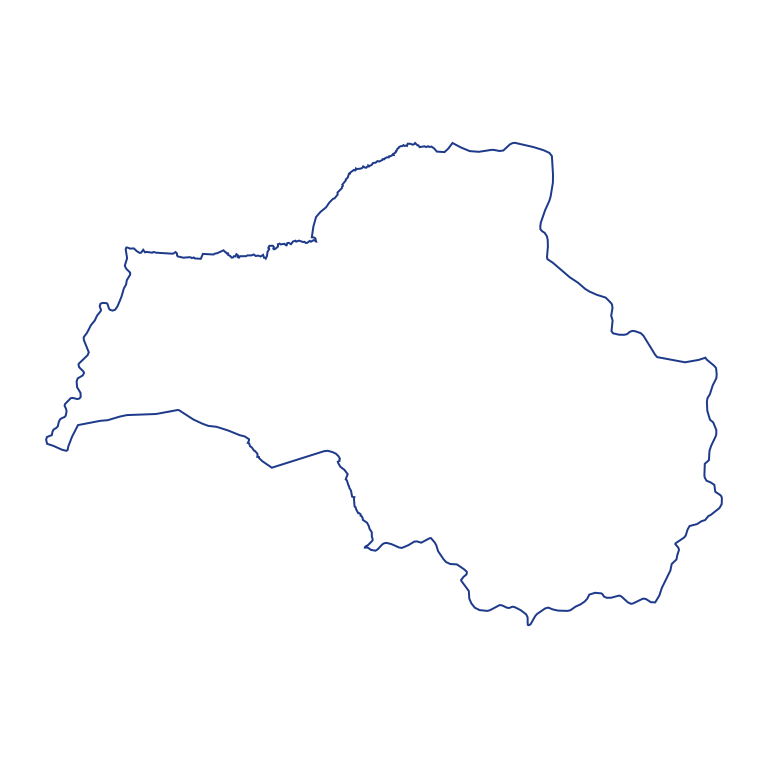 Ban Thi, Lamphun, Thailand (Albers equal-area conic projection)
{"feature_id": "78962969B75208473855809", "entity_name": "Ban Thi", "entity_type": "district", "adm_level": 2, "iso_a3": "THA", "parent_name": "Thailand", "parent_adm1": "Lamphun", "projection": "albers", "projection_center": [99.132, 18.647], "detail": "fine", "context": "isolated", "style": "outline", "palette": "blue", "viewbox_px": 768, "rotation_deg": 0, "n_neighbors": 0, "source": "geoboundaries", "source_scale": "gbopen_adm2", "svg_char_len": 6079}
<svg xmlns="http://www.w3.org/2000/svg" viewBox="0 0 768 768"><path d="M705.4,357.7L698.7,359.9L685.0,362.3L657.2,357.1L655.3,355.0L643.5,335.8L640.8,333.2L635.1,331.2L632.3,330.9L629.9,331.8L626.9,334.2L624.1,334.8L619.0,334.7L613.0,333.3L611.5,331.1L612.6,320.6L611.2,315.7L612.5,307.9L612.0,304.5L611.2,303.2L605.7,297.6L596.8,294.8L589.4,291.5L585.3,289.0L578.0,282.7L569.8,277.3L552.9,262.8L547.4,259.1L547.0,256.9L547.9,246.5L547.7,239.8L546.9,236.3L544.6,232.8L542.1,231.2L540.4,229.2L540.3,226.3L540.8,222.7L545.1,210.2L549.4,200.7L550.6,196.5L552.9,182.6L553.0,174.5L551.9,156.1L549.4,152.9L543.3,150.1L533.2,147.0L514.8,142.8L512.3,143.2L509.8,144.5L503.3,150.5L499.5,151.0L493.8,149.9L491.4,149.9L478.8,151.8L469.7,151.1L461.0,147.5L452.5,143.0L448.3,148.6L444.5,152.1L436.9,151.6L434.1,148.4L431.5,146.6L429.4,147.0L428.0,146.2L426.1,147.1L424.5,146.3L419.6,147.1L418.4,145.3L417.4,145.3L415.1,143.0L414.4,144.0L412.8,144.7L410.4,143.8L407.7,143.7L407.0,145.9L406.2,145.5L404.6,146.0L403.5,145.1L402.1,146.2L400.9,146.1L399.0,147.1L398.5,148.2L397.5,148.6L396.4,151.1L395.8,151.2L395.7,152.5L393.2,153.9L393.7,155.0L392.3,154.9L391.5,155.8L389.0,156.4L388.9,157.3L386.7,157.4L384.7,158.5L384.4,159.2L382.7,159.1L382.5,159.9L379.3,161.5L377.4,161.1L375.6,162.7L373.0,163.0L371.6,165.0L369.6,165.9L368.4,165.5L368.6,166.5L367.1,166.7L366.4,167.7L365.1,167.6L363.2,166.4L362.6,167.7L360.7,168.6L357.1,169.0L355.9,168.5L355.8,169.9L355.1,170.5L353.9,169.9L350.1,172.7L350.0,173.6L348.9,173.7L347.8,177.5L345.8,179.4L345.8,180.4L342.3,184.7L342.9,185.9L341.9,187.1L341.9,188.1L337.5,192.5L337.7,194.5L334.6,198.3L332.9,198.9L329.3,202.6L326.0,207.4L320.6,211.8L316.1,216.9L313.4,226.5L311.8,237.3L313.7,237.4L315.3,238.3L316.1,241.5L315.5,241.3L315.4,240.4L313.5,240.2L311.0,241.7L309.8,240.9L307.3,242.8L305.8,243.0L304.5,241.8L302.9,242.0L299.0,240.6L296.2,241.6L295.5,240.7L293.0,241.5L291.0,244.2L288.7,242.8L287.3,243.1L286.6,245.3L285.8,245.2L284.5,243.8L280.6,244.4L279.6,243.6L277.9,244.3L278.0,246.5L275.8,248.5L274.1,249.3L273.3,248.7L273.9,247.1L272.9,245.8L269.4,245.8L268.3,247.9L269.1,248.4L269.2,249.1L267.5,251.8L267.0,255.9L265.8,258.5L265.3,257.8L264.1,257.8L263.1,254.9L260.7,256.5L258.3,255.6L255.7,256.0L253.8,254.5L251.5,255.4L247.4,255.4L245.9,256.2L240.1,256.2L238.9,257.7L237.8,257.1L238.0,255.4L236.4,254.2L235.5,256.4L234.0,256.2L233.1,257.4L231.6,257.6L230.0,255.8L228.2,255.0L228.0,253.4L226.8,253.5L226.4,252.6L225.7,252.5L223.5,250.3L217.0,253.3L214.8,253.6L213.6,254.5L202.9,253.9L200.8,258.8L194.6,258.4L193.8,257.5L191.8,258.1L190.8,257.4L189.4,257.2L183.3,257.7L177.8,256.4L177.1,255.6L176.9,253.4L175.5,252.1L173.4,253.5L172.2,253.7L156.4,252.7L153.4,252.0L152.2,252.7L146.7,251.9L145.0,252.3L143.2,249.8L141.2,252.6L139.6,252.9L136.7,251.1L133.9,248.4L130.0,248.6L127.4,247.5L126.2,247.7L125.7,249.4L127.1,258.2L124.8,265.7L126.1,268.6L130.1,272.6L130.2,274.6L126.8,280.2L126.1,284.5L123.9,288.3L121.4,296.9L117.6,306.1L115.2,309.7L112.6,310.6L110.1,309.8L109.0,308.7L107.6,304.2L106.7,303.2L102.6,302.9L100.5,303.7L99.7,306.2L101.0,310.1L100.7,311.1L97.0,315.7L94.8,320.5L91.1,324.9L87.0,332.8L83.7,337.2L83.8,339.9L88.8,352.3L87.6,355.2L78.8,363.7L78.5,364.5L79.1,367.2L83.5,371.6L84.0,372.9L82.8,375.4L77.7,378.4L76.6,381.5L77.1,387.2L80.5,392.9L80.7,396.9L79.4,398.5L77.3,399.1L72.8,397.9L70.7,398.2L65.0,404.1L64.6,405.8L66.1,409.0L66.6,411.3L65.7,415.7L64.6,417.0L61.5,418.3L59.9,419.6L58.8,422.0L57.8,426.3L56.6,427.7L53.4,429.7L52.5,431.7L51.8,435.1L47.0,437.0L46.1,439.6L47.1,443.8L53.2,445.8L62.2,449.8L66.4,450.8L67.6,450.0L68.3,446.5L72.0,436.8L78.0,425.1L100.4,420.8L107.7,420.2L119.7,416.6L126.8,415.1L156.0,414.0L177.7,410.0L179.0,410.2L193.4,419.5L202.4,423.7L208.4,425.9L216.5,426.8L227.9,430.4L239.8,435.2L244.7,436.4L249.0,439.2L249.0,440.5L247.8,442.9L249.1,443.4L250.1,446.3L251.8,447.4L254.0,450.6L255.0,451.0L257.2,453.5L257.6,454.7L257.3,456.9L258.9,457.0L259.0,458.0L262.2,461.1L271.8,467.7L324.0,451.2L327.8,450.8L332.6,452.1L335.9,453.7L338.5,456.2L339.9,458.7L339.4,459.8L339.6,460.8L337.8,461.8L338.2,463.0L340.4,466.8L344.4,469.8L347.7,474.2L345.7,479.3L346.9,480.4L348.5,485.6L349.1,486.2L349.3,487.8L351.0,490.7L352.1,496.6L354.4,497.2L353.9,498.5L354.6,506.6L355.7,507.3L356.0,509.0L358.2,513.2L359.1,513.1L360.6,514.3L360.6,515.7L361.4,515.9L362.7,518.1L362.8,519.8L367.0,522.7L368.7,525.8L369.6,528.9L371.8,532.3L371.8,536.5L372.7,539.3L372.3,540.8L368.1,545.0L365.1,546.8L364.9,547.6L367.8,547.6L371.0,549.9L375.5,550.7L377.6,549.4L382.4,544.3L384.3,543.2L386.7,542.9L391.4,544.1L399.1,547.5L402.0,547.9L408.5,545.1L414.3,541.6L417.0,541.4L421.2,542.7L429.7,538.2L431.0,538.1L434.8,542.6L436.3,545.3L438.1,551.2L443.5,559.2L446.1,562.1L450.3,564.0L456.9,564.4L464.1,569.3L466.7,571.7L466.9,572.9L466.4,574.5L463.6,576.8L461.2,579.8L461.2,580.7L468.8,591.0L469.3,598.7L471.4,603.4L474.8,607.7L479.6,610.1L487.2,610.9L489.8,610.3L499.6,605.1L501.8,605.3L507.2,607.8L509.5,607.9L512.4,606.7L514.6,607.1L520.6,610.1L526.2,614.4L527.6,617.4L527.7,624.2L528.0,625.0L529.0,625.2L530.6,624.2L535.2,616.1L537.0,614.0L545.2,608.4L548.3,607.6L552.7,609.4L558.0,610.6L567.4,610.9L570.3,610.3L575.6,606.6L580.7,604.3L584.8,601.4L587.2,598.8L589.3,594.6L595.1,592.8L601.4,593.4L602.5,594.2L604.0,596.6L606.8,597.8L611.3,597.7L619.0,595.6L620.1,595.8L621.7,596.7L627.8,602.3L630.9,603.8L632.9,603.5L643.0,598.6L645.9,599.0L650.9,602.2L655.2,602.4L659.4,595.4L661.8,588.0L670.4,570.5L671.7,564.0L676.5,559.4L677.3,555.1L679.0,549.9L678.3,547.6L675.3,544.1L675.5,543.3L683.9,537.7L685.7,535.6L687.6,529.5L689.6,526.0L697.0,524.1L701.7,521.1L705.1,520.1L708.4,516.0L710.5,515.1L719.5,508.0L721.7,504.1L721.9,498.5L721.5,496.6L720.6,495.3L715.3,491.8L714.3,484.8L710.8,482.5L706.5,480.7L704.7,477.4L704.4,475.5L704.8,463.8L708.9,460.2L709.5,450.7L711.2,445.7L715.6,436.5L716.3,434.2L716.3,430.0L713.2,422.4L710.0,419.7L707.3,410.9L706.9,401.4L707.6,397.8L709.8,394.5L712.7,385.4L716.3,378.3L716.7,374.7L716.2,369.0L715.8,367.6L713.6,365.3L706.7,359.6L705.4,357.7Z" fill="none" stroke="#1e3a8a" stroke-width="2"/></svg>